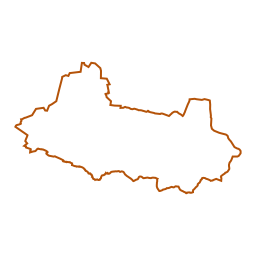 Tarna Mare, Satu Mare, Romania (Albers equal-area conic projection)
{"feature_id": "2599482B73282248803185", "entity_name": "Tarna Mare", "entity_type": "district", "adm_level": 2, "iso_a3": "ROU", "parent_name": "Romania", "parent_adm1": "Satu Mare", "projection": "albers", "projection_center": [23.2, 48.086], "detail": "fine", "context": "isolated", "style": "outline", "palette": "amber", "viewbox_px": 256, "rotation_deg": 0, "n_neighbors": 0, "source": "geoboundaries", "source_scale": "gbopen_adm2", "svg_char_len": 5723}
<svg xmlns="http://www.w3.org/2000/svg" viewBox="0 0 256 256"><path d="M221.2,180.8L221.4,178.1L220.9,176.9L221.3,175.9L221.8,175.6L223.5,174.3L224.7,173.6L225.3,172.7L226.4,172.4L227.6,171.6L229.2,169.2L229.3,168.2L229.0,166.0L229.0,164.8L229.5,162.8L229.9,162.1L230.5,161.5L231.2,160.3L231.8,158.9L232.7,156.5L237.5,156.5L238.7,155.9L240.2,153.9L240.6,153.2L240.6,151.5L240.5,150.8L239.6,149.6L238.5,148.8L237.4,148.6L234.5,147.1L230.9,141.4L229.5,139.9L228.3,138.3L227.7,136.0L226.5,134.9L225.7,134.5L221.4,133.4L219.2,132.8L214.1,130.7L211.9,128.8L211.0,125.4L211.4,118.4L210.8,117.4L210.9,115.4L210.1,109.1L210.2,104.6L209.8,100.5L208.7,100.1L206.7,99.6L204.5,99.1L201.9,99.9L196.4,99.2L194.7,98.8L189.6,99.3L189.5,100.5L189.1,101.7L187.8,104.4L185.2,111.0L184.9,112.0L184.2,113.4L183.8,114.4L183.5,114.9L183.1,115.6L182.7,116.0L180.9,114.5L178.7,113.3L177.1,111.8L176.8,111.9L176.1,111.8L174.8,111.6L173.5,112.1L172.1,113.0L171.4,113.8L170.5,114.5L169.8,115.3L169.0,116.0L162.5,113.6L161.1,113.5L160.2,114.0L154.9,113.4L154.1,113.0L150.0,112.1L148.8,111.7L148.5,111.0L148.0,110.8L147.2,111.5L146.5,111.8L145.6,111.6L143.4,110.9L142.8,110.8L141.7,110.4L140.1,110.2L139.0,110.2L138.5,110.2L137.5,109.6L136.8,109.5L135.8,109.1L134.2,108.7L132.8,109.1L132.3,109.2L130.7,108.9L129.3,108.0L128.8,107.8L127.1,107.5L126.6,107.5L125.1,106.9L124.6,107.1L123.7,107.6L123.2,107.8L121.4,107.8L120.5,107.9L120.7,105.8L114.6,105.6L110.4,105.0L111.0,101.2L107.0,97.5L106.5,96.9L106.5,96.1L106.2,95.4L105.9,94.9L105.5,94.1L105.5,93.9L106.2,93.8L108.2,93.4L108.2,92.5L108.9,92.6L107.5,85.5L107.3,84.8L109.6,84.3L106.8,78.7L100.9,78.2L101.0,70.8L100.3,68.1L95.1,63.4L91.3,62.8L88.5,67.0L84.5,64.7L84.1,63.0L81.9,62.9L80.6,71.8L69.7,73.1L68.4,75.9L65.7,75.2L62.2,76.9L62.0,78.6L59.4,88.6L56.3,101.2L51.9,104.2L49.1,105.7L47.1,110.7L45.2,110.5L43.6,107.8L36.0,108.9L32.1,115.2L26.1,117.5L25.1,117.8L24.4,117.9L23.5,118.5L21.4,119.4L21.1,119.4L21.3,120.3L21.5,120.8L20.8,121.8L20.6,122.5L20.6,122.8L20.9,123.3L20.8,123.8L20.3,124.1L19.6,124.2L19.1,124.5L17.0,125.0L16.5,125.2L16.0,125.6L15.4,126.8L22.9,132.0L24.1,132.8L27.5,135.2L27.5,135.3L27.2,136.0L27.1,136.4L25.9,139.3L25.3,141.1L27.2,143.4L24.2,145.9L26.0,146.5L25.9,147.2L26.0,147.5L26.9,147.8L27.3,147.9L28.1,148.2L29.6,148.7L30.7,149.1L30.8,149.6L30.3,150.6L30.5,150.8L30.3,151.1L30.2,151.5L30.1,152.4L33.1,151.5L35.3,151.1L36.0,150.5L37.0,149.2L37.7,149.0L38.1,148.6L38.7,148.9L40.5,149.2L40.9,149.3L41.6,149.2L42.1,149.5L42.6,149.4L42.8,149.4L44.5,150.1L46.0,150.8L46.8,151.3L47.6,152.1L47.5,152.4L46.5,152.9L46.3,153.3L46.5,153.9L48.1,155.2L49.0,155.7L53.6,156.6L54.9,156.3L55.4,156.6L60.4,158.8L63.1,160.2L63.0,161.0L63.9,161.2L63.8,161.5L66.4,162.1L66.5,161.8L68.1,162.1L69.3,162.1L69.8,162.2L69.8,162.4L72.1,163.4L72.0,165.1L72.6,165.2L73.6,165.7L74.6,166.1L75.7,166.2L75.9,166.3L76.4,166.6L76.8,166.4L77.2,166.5L78.2,166.5L78.6,166.7L79.1,166.4L79.5,166.8L80.1,166.7L80.6,166.7L81.0,167.0L81.7,167.1L82.1,167.3L82.6,167.5L83.3,168.0L84.0,168.5L84.2,168.9L84.4,169.2L85.0,169.5L85.1,170.1L85.5,170.3L85.6,170.6L85.7,170.9L86.5,171.1L87.1,171.5L87.5,171.9L88.0,172.3L88.2,172.9L88.5,173.4L88.9,173.2L89.0,173.2L89.5,173.6L90.1,173.9L90.4,173.6L90.5,173.7L90.9,174.3L91.5,174.6L91.4,175.0L91.5,175.1L91.9,175.4L92.1,175.8L92.2,176.0L92.1,176.6L92.0,176.9L92.2,177.0L92.5,176.9L92.6,177.3L92.8,177.7L92.8,178.0L93.1,178.4L93.2,178.8L93.5,179.0L94.2,179.1L94.5,179.4L94.8,179.5L95.1,179.9L95.5,179.6L96.6,179.7L97.1,179.4L97.5,179.7L98.0,179.8L98.5,180.0L98.8,180.0L99.1,179.9L99.7,179.9L99.8,179.8L99.9,179.1L100.0,179.0L100.6,178.7L100.9,178.3L101.0,177.8L101.0,177.5L101.0,177.3L101.4,176.6L101.6,176.0L101.9,175.6L102.1,175.4L102.6,175.3L103.7,175.2L104.1,174.8L104.4,174.8L104.8,174.6L105.1,173.9L105.5,173.7L105.8,173.1L106.0,173.4L106.3,173.4L107.2,173.7L107.5,173.6L107.4,173.3L107.4,173.0L107.6,172.9L107.7,173.0L107.8,173.3L108.2,173.6L108.3,173.7L108.8,173.8L109.1,173.7L109.7,173.4L110.0,173.2L110.3,172.8L110.8,172.4L111.1,172.0L111.7,171.8L112.6,171.7L113.2,171.5L113.8,171.6L115.3,171.3L116.8,171.4L118.5,171.1L119.1,171.2L119.6,171.6L120.1,171.9L120.5,171.8L121.4,171.4L121.9,171.4L122.9,171.7L123.5,172.0L124.1,172.8L125.1,174.5L125.7,174.9L126.6,175.8L127.7,176.5L129.3,177.6L129.9,178.0L130.7,178.5L132.3,179.9L133.2,181.0L133.4,181.1L134.0,180.9L135.9,179.8L137.7,179.2L138.3,178.4L138.7,177.4L139.0,177.0L139.6,176.6L140.1,176.5L141.0,176.6L141.6,176.8L142.7,177.6L143.2,178.1L143.7,178.2L147.2,177.6L147.6,177.6L149.3,178.0L150.6,178.1L151.1,178.1L151.8,177.8L152.4,177.7L153.9,177.7L155.7,177.9L156.4,178.4L157.5,178.8L157.3,179.1L157.2,179.5L157.2,181.4L156.9,182.7L156.9,183.9L156.8,184.6L156.8,186.3L156.9,186.8L157.2,187.7L157.3,188.0L157.9,189.0L159.3,191.0L159.9,191.0L161.8,190.4L162.9,189.8L163.0,189.6L165.3,189.1L166.0,188.8L166.5,188.4L166.9,188.1L167.7,188.2L169.1,187.9L171.4,186.9L172.1,187.0L173.1,187.3L173.9,187.3L175.4,186.4L175.6,186.3L176.0,186.3L177.0,186.5L178.5,186.6L179.7,189.1L180.1,189.7L181.4,190.6L182.9,191.2L183.6,191.7L184.9,192.2L185.4,192.5L185.9,193.0L186.2,193.2L186.8,193.1L187.0,192.6L188.8,192.4L189.8,192.4L190.0,192.7L191.0,192.8L191.9,192.6L193.0,192.2L193.0,191.7L192.9,191.3L193.0,190.9L193.1,190.3L193.3,189.8L194.0,189.4L194.8,188.5L195.9,187.2L196.8,186.5L197.5,185.7L197.8,185.0L197.8,184.7L197.7,184.5L197.8,184.1L198.3,183.6L198.7,183.2L199.5,182.7L199.8,182.3L200.4,181.0L200.6,180.8L200.7,180.1L201.8,179.3L201.8,178.6L201.9,178.4L202.2,178.1L202.5,178.0L203.1,177.9L203.8,177.9L205.0,178.1L205.6,178.4L206.1,178.8L207.0,179.0L208.4,179.5L210.5,180.5L210.7,180.8L211.7,180.6L212.2,180.6L212.7,180.4L213.0,180.3L213.1,180.1L216.2,178.9L221.2,180.8Z" fill="none" stroke="#b45309" stroke-width="2"/></svg>